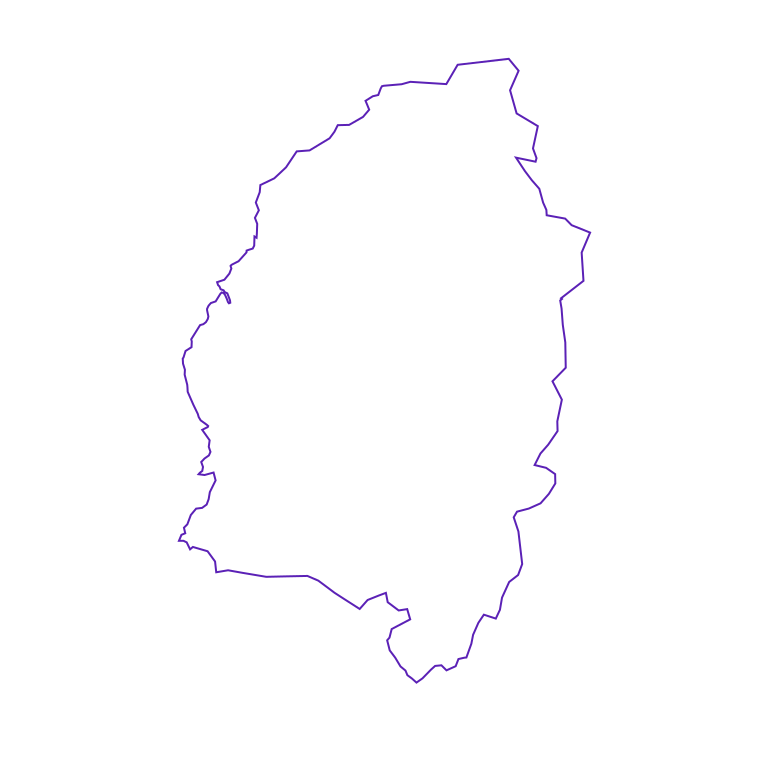 Arminou, Paphos, Cyprus, rotated 349°
{"feature_id": "46923920B96831730642133", "entity_name": "Arminou", "entity_type": "district", "adm_level": 2, "iso_a3": "CYP", "parent_name": "Cyprus", "parent_adm1": "Paphos", "projection": "orthographic", "projection_center": [32.715, 34.867], "detail": "fine", "context": "isolated", "style": "outline", "palette": "violet", "viewbox_px": 768, "rotation_deg": 349, "n_neighbors": 0, "source": "geoboundaries", "source_scale": "gbopen_adm2", "svg_char_len": 2701}
<svg xmlns="http://www.w3.org/2000/svg" viewBox="0 0 768 768"><g transform="rotate(349 384 384)"><path d="M162.1,509.3L165.3,507.5L178.9,514.5L184.3,526.0L183.4,536.8L195.4,537.1L209.4,542.5L231.6,550.8L250.3,554.0L272.2,557.8L282.0,564.5L295.6,579.5L303.5,587.1L317.2,600.2L326.7,592.9L338.8,590.6L346.0,589.4L346.0,598.9L355.2,609.1L363.8,609.4L364.8,620.0L344.8,626.0L341.0,634.0L338.2,636.2L338.8,646.6L342.8,654.8L346.3,664.4L350.4,669.4L351.4,674.3L355.2,678.4L358.9,683.3L365.6,680.3L375.7,673.3L380.4,670.5L386.7,671.1L390.7,677.0L400.5,674.7L404.6,668.2L410.6,668.0L412.7,668.2L420.2,655.6L423.6,647.2L431.1,636.4L438.0,629.5L449.0,635.6L453.8,629.0L454.7,627.8L459.1,616.2L469.1,602.2L479.2,597.1L485.3,587.1L487.8,554.4L485.9,539.6L490.2,534.7L502.4,533.9L514.9,531.0L524.9,523.3L533.2,514.3L534.8,505.1L527.1,497.2L516.4,492.3L524.3,482.1L533.6,474.9L545.4,463.3L547.0,453.7L555.6,433.3L549.9,413.5L565.5,402.7L569.9,377.8L570.8,360.0L572.7,343.8L572.9,335.6L574.9,334.5L574.2,333.6L599.5,320.8L603.1,292.7L615.2,274.7L598.5,263.9L593.4,256.2L575.9,249.4L576.6,244.1L574.8,236.3L573.7,222.0L568.0,212.2L563.0,202.0L556.8,187.0L575.2,194.7L576.8,191.4L575.2,181.2L584.2,160.2L565.8,143.7L563.8,119.7L575.9,102.2L568.5,88.6L517.2,84.7L502.4,101.5L467.5,92.4L458.5,93.1L440.7,91.2L438.8,91.3L437.2,93.2L433.5,99.2L427.9,99.4L419.9,102.5L420.7,106.3L421.8,111.9L414.4,117.8L399.2,123.0L388.0,121.1L383.5,126.9L377.5,132.4L355.5,140.5L342.7,139.0L329.2,152.6L317.6,159.9L315.5,161.2L300.6,165.1L298.6,172.0L292.8,181.4L294.3,189.6L289.0,196.3L290.1,202.6L287.9,212.1L286.8,216.1L285.0,214.5L283.0,223.4L281.0,226.0L276.6,226.5L274.6,226.8L274.1,228.6L264.7,235.7L257.1,237.9L255.9,238.8L256.2,241.5L253.3,246.1L247.2,251.2L239.6,252.2L240.0,255.3L241.1,256.8L241.7,259.8L244.4,261.4L245.2,263.4L247.5,265.1L248.3,269.5L248.8,272.5L248.6,274.9L247.2,275.2L246.5,273.9L245.9,270.2L245.0,266.3L243.9,264.1L242.1,263.2L240.6,264.2L234.5,270.8L229.5,271.5L226.8,273.6L225.7,275.0L224.6,276.6L224.4,278.0L224.5,284.2L223.4,286.6L221.0,289.3L218.1,290.8L214.7,291.1L203.3,303.3L203.4,305.6L202.1,311.1L195.5,313.7L192.2,319.8L191.3,320.6L190.6,325.7L191.3,332.0L190.1,336.8L190.7,347.2L190.4,350.0L189.8,354.2L192.9,368.0L195.5,377.8L195.8,381.1L197.1,384.7L202.6,390.6L203.4,391.7L202.8,392.6L196.8,394.3L202.1,406.0L200.0,412.2L200.2,413.8L200.7,417.5L198.5,420.7L193.6,422.9L189.7,425.7L190.5,430.9L189.0,434.7L186.3,436.0L184.8,437.2L190.5,439.1L199.8,438.4L200.3,446.5L192.4,456.9L189.9,463.6L186.9,468.5L181.8,470.9L175.8,470.5L169.4,475.7L164.2,484.2L160.2,486.9L160.4,492.6L156.4,493.4L152.8,498.8L157.3,499.7L160.1,501.8L162.1,509.3Z" fill="none" stroke="#5b21b6" stroke-width="2"/></g></svg>